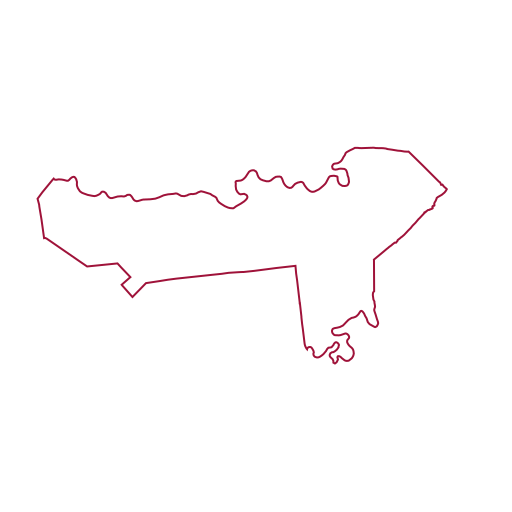 outline of Balta Doamnei, Prahova, Romania, rotated 166°
{"feature_id": "2599482B99497080352243", "entity_name": "Balta Doamnei", "entity_type": "district", "adm_level": 2, "iso_a3": "ROU", "parent_name": "Romania", "parent_adm1": "Prahova", "projection": "orthographic", "projection_center": [26.161, 44.772], "detail": "fine", "context": "isolated", "style": "outline", "palette": "rose", "viewbox_px": 512, "rotation_deg": 166, "n_neighbors": 0, "source": "geoboundaries", "source_scale": "gbopen_adm2", "svg_char_len": 6097}
<svg xmlns="http://www.w3.org/2000/svg" viewBox="0 0 512 512"><g transform="rotate(166 256 256)"><path d="M54.7,274.7L55.4,275.9L56.2,276.9L57.1,278.3L57.4,279.2L57.9,280.2L59.1,280.2L59.6,282.9L60.4,283.7L72.3,303.5L82.7,320.4L83.9,320.6L86.8,321.5L90.2,323.0L92.9,323.9L98.2,326.2L102.9,328.1L103.0,328.3L104.1,328.9L106.7,329.9L113.5,331.7L115.6,332.6L126.9,335.0L129.6,335.7L131.0,336.3L133.9,337.0L136.2,336.4L139.3,335.8L143.0,334.8L144.2,334.1L145.3,332.5L147.1,330.9L149.0,328.8L150.3,327.7L151.4,327.1L153.5,326.4L154.7,326.3L157.4,326.6L158.3,326.5L159.2,326.0L160.0,325.2L160.5,324.4L160.5,322.2L159.6,321.3L158.0,320.6L156.1,320.4L154.5,320.5L152.8,320.3L149.4,319.2L148.5,318.5L147.9,317.7L147.6,316.6L147.4,314.0L147.6,312.3L147.3,309.5L147.8,305.5L148.2,304.7L149.4,303.1L150.1,302.6L151.0,302.3L152.7,302.4L154.9,303.0L155.5,303.4L156.6,304.5L157.5,305.5L158.1,307.0L158.4,309.6L157.8,313.1L158.2,313.7L160.9,315.0L163.3,315.4L164.8,315.5L166.2,314.8L170.3,310.2L171.5,309.2L173.7,307.9L176.7,306.4L179.0,305.4L183.6,304.4L185.3,304.5L186.7,305.0L188.1,306.1L189.8,308.4L190.4,309.5L191.7,312.6L192.5,315.6L193.6,316.7L194.6,317.1L196.0,317.1L197.9,317.1L200.6,316.5L202.8,315.1L204.0,314.2L205.4,313.7L206.9,313.9L208.4,314.8L209.4,315.8L210.4,317.3L211.2,319.2L211.6,320.9L211.9,324.1L212.2,325.4L212.7,326.7L214.0,327.4L215.8,327.8L217.7,328.0L219.9,327.3L223.4,325.7L225.5,325.4L227.8,326.0L231.0,327.8L233.1,329.4L234.4,331.6L234.9,334.2L235.0,336.3L235.6,338.1L237.3,339.7L238.5,340.0L239.8,340.1L241.0,339.9L242.4,339.4L247.1,335.1L249.1,333.9L250.7,333.2L252.5,332.9L256.8,333.5L257.6,333.2L258.0,332.5L258.1,331.1L258.8,328.8L259.2,325.3L258.6,322.8L257.4,320.6L256.2,319.6L252.5,319.2L250.8,317.8L250.2,316.9L250.0,315.7L250.3,314.7L251.1,313.8L252.5,312.8L254.4,311.8L258.0,310.5L263.1,309.1L266.0,307.9L266.7,307.8L269.7,308.8L271.5,309.8L274.2,311.9L277.2,315.0L278.8,316.9L279.8,318.8L280.4,322.1L281.4,323.4L283.9,325.6L285.2,327.2L291.3,330.9L293.7,332.1L296.6,331.8L299.1,331.1L302.2,331.3L304.1,331.9L306.6,331.9L308.0,331.5L311.1,331.4L314.0,332.4L317.3,335.5L318.6,336.1L321.4,336.3L326.4,337.1L329.5,337.2L331.1,337.2L335.6,336.4L339.8,336.0L344.8,336.6L351.6,338.0L353.1,338.1L354.5,338.0L357.0,337.9L358.5,338.0L360.1,339.0L360.7,339.7L361.3,340.8L361.9,342.8L362.5,344.3L363.4,345.7L364.2,346.1L365.9,346.4L366.6,346.3L367.8,345.8L369.7,345.7L372.3,346.6L375.9,347.2L381.4,347.0L383.1,347.4L384.2,348.2L385.3,349.9L386.3,352.8L386.6,353.6L387.4,354.5L388.0,355.1L389.0,355.5L389.8,355.6L390.6,355.3L391.9,354.3L392.7,353.9L394.2,353.5L396.4,353.1L398.3,353.2L400.5,354.1L404.5,356.0L408.4,358.6L409.8,359.7L411.2,361.4L412.4,364.8L412.6,366.3L412.7,367.4L412.5,368.8L411.8,371.1L411.9,373.9L412.2,375.0L413.0,376.6L414.0,377.0L415.4,376.9L417.3,376.1L418.9,375.0L420.3,374.5L421.4,374.8L424.3,376.4L426.1,377.2L428.9,378.1L431.4,378.3L432.6,378.7L433.4,379.5L433.6,380.0L435.0,379.1L447.8,369.6L454.1,364.4L454.0,358.3L454.3,356.2L455.3,343.4L457.3,324.6L456.6,324.6L455.9,324.3L454.8,323.4L428.8,293.9L422.4,286.7L392.2,282.3L389.7,277.7L383.0,265.9L393.3,260.6L392.8,259.5L385.8,246.1L369.3,256.3L355.7,255.0L347.3,254.3L338.7,253.3L303.4,248.4L293.5,247.0L286.6,246.3L276.2,244.4L273.2,243.8L272.1,243.5L261.3,242.0L238.9,239.4L220.1,236.9L221.3,229.2L222.0,222.4L224.8,200.7L225.0,199.7L224.8,199.7L226.6,186.2L226.8,185.3L227.7,178.8L228.2,174.0L230.0,159.5L230.1,158.1L230.0,156.5L229.5,154.3L229.3,153.8L229.0,153.2L228.7,153.8L228.0,154.4L227.3,154.7L226.6,154.8L225.4,154.6L224.9,154.3L224.4,153.8L223.9,152.7L223.3,150.7L223.2,149.9L223.2,149.1L223.2,148.6L223.4,148.1L223.8,147.7L224.0,147.0L224.1,146.2L224.0,145.4L223.7,144.7L223.3,144.0L222.4,143.4L221.6,142.9L220.5,142.6L219.5,142.6L218.4,142.8L216.4,143.5L214.3,144.5L211.1,146.8L209.4,148.6L207.9,149.5L206.4,149.3L204.8,149.2L202.4,150.9L201.8,151.7L201.1,152.3L200.1,152.9L199.2,153.0L198.5,152.6L197.7,151.7L197.3,151.0L197.0,149.6L197.8,148.3L198.0,147.5L200.2,145.6L202.2,144.6L204.1,144.0L205.6,144.2L207.4,143.6L208.5,142.1L208.6,141.0L208.2,139.8L206.6,137.3L206.3,135.5L206.7,133.8L205.4,132.6L203.5,133.4L201.5,135.7L201.5,138.1L200.9,138.9L199.8,138.8L198.8,138.1L197.9,137.0L197.5,136.2L195.2,133.3L194.0,132.5L193.1,132.2L191.4,132.0L189.1,133.0L187.8,133.6L186.3,135.0L185.5,136.1L184.7,137.7L184.4,140.2L184.5,141.9L185.3,143.7L186.9,145.9L187.7,147.5L188.2,149.0L188.4,150.4L188.1,151.6L187.7,152.3L185.7,153.8L185.4,154.3L185.2,155.0L185.2,155.7L185.5,156.8L186.1,157.9L186.9,158.7L187.6,159.1L188.4,159.2L193.1,158.8L194.9,159.0L198.6,160.1L199.3,160.6L200.3,162.4L200.5,163.2L200.5,164.0L200.4,165.0L200.0,165.7L199.6,166.3L199.1,166.7L198.2,166.9L197.2,167.0L194.5,166.8L191.8,166.8L188.5,167.5L186.8,168.5L184.8,169.8L181.7,171.7L178.2,172.8L176.4,172.7L174.4,172.9L173.6,173.1L172.3,173.7L170.7,174.7L169.1,176.2L167.9,177.2L167.2,177.3L166.8,177.1L166.2,176.6L165.5,175.2L165.0,173.8L164.6,171.4L163.8,168.8L163.5,164.9L162.7,163.2L162.2,162.3L158.9,159.2L158.0,158.4L157.6,158.2L156.8,158.3L155.8,158.6L154.8,159.6L153.9,160.8L153.7,161.4L153.6,162.7L153.7,163.6L153.9,165.6L154.1,170.1L154.4,173.7L154.4,174.8L154.2,175.5L153.6,176.6L153.1,177.3L152.7,178.2L152.5,179.9L152.4,181.9L152.1,183.2L152.6,185.3L152.1,189.8L151.7,191.1L151.2,192.2L150.4,192.9L149.9,193.2L142.5,223.6L142.5,223.9L142.2,224.1L129.5,230.2L127.7,231.1L125.7,232.0L124.8,232.5L121.8,233.7L121.0,234.2L119.1,235.0L118.3,235.4L118.0,235.4L117.2,235.1L116.7,235.1L115.9,235.9L115.2,236.3L115.0,236.5L114.8,237.0L114.4,237.3L112.1,238.3L110.6,239.1L109.9,239.3L107.1,240.7L102.0,244.0L99.1,245.7L97.6,246.9L96.5,247.7L93.3,249.6L89.2,252.6L88.5,252.9L82.6,256.7L82.1,257.1L81.5,257.3L81.7,257.6L80.3,258.0L77.9,259.0L77.3,258.9L76.4,258.8L76.1,259.1L74.1,259.2L73.3,259.4L73.1,259.6L73.2,259.8L72.9,259.9L72.8,261.2L72.8,261.4L72.5,261.6L72.1,261.8L71.8,261.7L70.9,261.7L70.7,261.8L70.5,262.4L70.5,263.4L70.1,264.1L69.7,264.8L69.3,265.1L68.4,266.0L67.3,267.4L66.6,268.6L65.3,269.2L61.0,270.4L58.5,271.6L57.7,272.0L55.9,273.4L54.7,274.7Z" fill="none" stroke="#9f1239" stroke-width="2"/></g></svg>